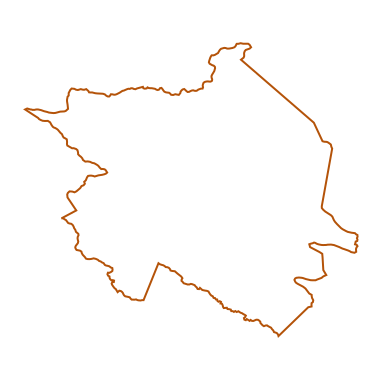 Cametá, Pará, Brazil (Mercator projection), rotated 88°
{"feature_id": "56859067B42741261340740", "entity_name": "Cametá", "entity_type": "district", "adm_level": 2, "iso_a3": "BRA", "parent_name": "Brazil", "parent_adm1": "Pará", "projection": "mercator", "projection_center": [-49.501, -2.281], "detail": "fine", "context": "isolated", "style": "outline", "palette": "amber", "viewbox_px": 384, "rotation_deg": 88, "n_neighbors": 0, "source": "geoboundaries", "source_scale": "gbopen_adm2", "svg_char_len": 5934}
<svg xmlns="http://www.w3.org/2000/svg" viewBox="0 0 384 384"><g transform="rotate(88 192 192)"><path d="M279.7,60.7L274.6,63.5L261.9,63.8L258.3,64.0L256.5,66.6L251.2,75.9L248.3,76.6L247.8,75.1L247.4,73.1L246.8,71.8L247.2,70.5L248.0,69.3L248.7,67.5L249.4,64.7L249.6,62.9L249.6,59.7L249.4,58.2L249.4,54.9L250.0,51.9L252.1,46.9L253.8,43.6L254.4,41.9L256.0,37.8L256.8,36.2L257.6,35.1L258.4,31.7L257.5,30.0L254.7,30.1L253.1,29.5L251.9,28.5L250.5,29.3L250.0,30.9L247.2,30.1L246.7,28.6L245.3,28.3L243.9,28.8L242.5,28.1L240.7,28.2L240.0,29.5L238.8,30.6L238.3,33.8L237.3,37.7L236.5,39.3L234.5,42.7L233.3,44.3L229.0,48.3L226.7,50.2L225.0,51.2L221.5,52.6L220.1,53.9L216.2,59.5L214.3,61.5L212.6,62.8L210.8,62.8L153.5,50.4L151.8,51.1L149.4,51.6L148.2,53.0L146.9,54.8L146.5,56.2L146.4,58.0L145.8,59.8L127.0,67.8L61.5,138.4L59.5,135.7L58.0,135.1L55.0,135.1L53.1,134.4L51.9,133.3L50.7,129.4L49.4,127.9L46.9,129.3L45.8,130.7L45.6,135.7L45.0,138.2L45.5,140.4L45.5,142.2L47.7,143.4L48.8,144.5L49.5,146.6L50.0,150.2L49.9,151.9L49.3,153.3L49.1,154.8L49.9,158.0L50.9,159.1L52.1,160.0L54.0,161.1L55.8,164.4L56.2,165.9L56.1,167.6L57.2,168.4L58.5,169.1L61.5,170.2L63.0,170.6L64.4,169.9L66.0,167.3L66.5,165.9L67.6,164.8L69.0,164.6L71.9,165.5L75.6,167.9L76.9,168.5L78.6,168.4L80.0,167.9L81.5,168.1L82.3,169.4L82.3,170.8L82.0,172.3L82.1,173.8L82.4,175.3L83.2,176.6L84.8,177.3L86.3,177.6L87.7,177.3L89.0,177.8L89.0,179.4L89.4,180.7L89.9,182.2L90.7,183.2L91.1,184.5L90.9,186.0L90.4,187.3L90.6,188.7L91.1,190.0L91.8,191.4L91.9,192.9L90.9,194.1L89.8,195.1L88.8,196.2L89.2,197.8L90.1,198.9L91.3,199.9L92.7,200.2L94.5,201.8L93.7,205.3L94.4,207.5L94.1,209.5L92.9,210.4L92.0,211.5L91.8,213.0L91.5,214.6L90.8,216.1L89.5,217.1L88.3,217.8L86.9,218.9L87.1,220.3L88.4,221.2L88.9,222.6L88.5,224.0L87.6,225.3L86.9,228.4L86.8,230.0L86.6,231.6L85.9,232.8L86.9,233.7L87.1,235.6L86.6,237.0L85.2,237.4L86.6,243.4L87.3,244.9L87.0,246.5L86.3,247.8L86.2,249.3L86.8,250.6L86.6,252.0L87.0,253.4L88.3,256.7L88.5,258.0L90.2,260.8L91.6,263.8L92.0,265.1L92.1,266.4L91.6,268.2L91.5,269.7L92.8,270.5L93.7,271.5L93.5,273.1L92.6,274.5L91.4,275.7L90.7,277.6L90.2,283.2L89.9,285.3L89.0,288.4L89.0,290.0L88.8,291.4L87.5,292.0L85.5,294.1L86.1,296.3L85.8,298.1L85.3,299.5L86.1,302.5L85.7,304.4L84.8,305.9L84.4,308.7L85.8,310.1L88.8,311.8L91.3,311.9L92.4,313.0L95.5,313.7L97.2,313.7L100.4,313.3L104.6,313.0L106.6,315.4L107.0,316.7L107.1,321.0L108.2,325.7L108.3,327.6L107.9,330.5L107.6,332.3L107.0,333.8L106.1,337.0L104.9,340.0L104.1,343.1L104.1,345.0L104.4,346.4L104.4,348.3L104.0,349.5L103.8,350.9L103.3,352.3L102.8,353.8L103.7,355.9L109.2,348.1L112.7,343.1L113.8,342.3L114.8,340.6L115.6,338.8L115.9,336.4L115.9,333.6L117.4,331.4L120.2,330.0L122.0,328.8L122.8,327.7L123.3,326.4L124.2,325.0L125.1,323.9L128.3,321.4L129.7,319.9L131.4,319.3L133.1,318.4L133.9,316.9L135.0,315.3L137.7,315.1L139.7,315.3L141.2,315.0L144.1,310.3L144.1,308.7L145.0,306.3L146.2,305.0L148.4,304.5L150.3,304.5L151.7,303.3L152.9,301.8L154.6,300.4L156.1,299.9L157.9,297.6L157.8,295.1L158.3,292.8L159.4,290.7L159.9,288.6L161.8,285.6L162.7,284.6L164.4,283.4L165.9,281.9L165.9,280.2L166.3,278.5L167.3,277.4L169.6,276.1L170.6,277.3L171.2,278.9L171.7,281.2L172.1,284.9L173.1,288.7L172.5,290.2L172.1,292.2L172.1,293.6L172.3,295.3L173.7,296.4L176.6,297.7L178.1,299.4L180.0,298.8L181.5,300.1L182.2,302.2L184.1,303.5L185.1,304.7L187.3,307.5L188.2,309.4L187.4,311.6L187.1,314.4L188.6,316.1L190.1,316.8L193.1,316.6L206.4,308.3L213.8,323.4L213.8,321.6L214.8,320.4L215.6,319.0L218.7,316.8L219.2,315.5L219.6,313.7L220.9,312.3L222.5,311.5L224.1,311.0L225.8,309.9L227.7,309.4L229.8,307.1L231.2,306.9L232.7,307.7L234.1,308.0L235.8,307.8L237.6,307.4L239.2,307.9L241.7,310.0L243.1,310.6L244.5,310.3L245.9,309.4L246.7,306.0L247.7,304.6L249.1,304.3L250.8,303.5L253.3,301.3L254.9,300.3L255.4,298.7L255.5,296.8L255.4,295.1L254.9,292.6L255.5,290.4L256.5,288.4L257.7,287.2L258.2,285.7L259.2,284.5L260.0,282.8L261.8,281.7L262.5,280.4L262.8,279.0L263.4,277.2L264.6,275.8L265.2,274.3L266.8,274.1L268.2,274.4L269.2,275.9L269.9,277.5L269.7,278.8L271.2,279.4L272.7,278.8L273.5,277.4L274.9,277.4L276.3,276.8L277.4,275.7L277.3,274.3L277.8,273.0L279.3,273.3L279.3,274.8L280.7,275.5L281.9,275.1L283.7,274.0L285.5,272.7L286.3,271.6L289.5,269.8L288.1,268.1L288.5,266.6L289.3,265.5L290.5,264.6L291.8,264.1L292.9,263.5L293.9,262.4L294.6,259.5L295.1,257.9L296.4,257.1L297.4,256.1L297.6,253.2L297.4,251.6L298.1,250.4L298.5,248.7L298.6,247.0L298.3,245.6L298.4,244.2L262.0,228.0L263.1,226.6L263.8,224.7L264.2,223.3L265.0,222.0L266.1,220.9L266.3,219.3L266.9,217.9L268.1,216.8L269.7,216.2L270.2,214.7L270.6,211.9L272.9,209.5L276.1,205.7L277.8,204.6L279.1,205.4L280.4,205.6L281.5,204.5L282.9,203.5L284.3,199.5L284.3,197.8L283.8,196.4L284.1,195.1L285.2,192.6L286.4,191.8L287.5,190.6L289.1,189.8L289.3,188.3L288.1,187.4L290.3,185.1L291.0,182.3L291.3,180.6L292.0,179.0L293.4,178.3L294.9,177.4L296.2,176.3L296.9,174.9L298.6,174.1L298.8,172.7L300.2,171.9L300.3,170.6L301.7,170.4L302.6,169.4L302.1,168.1L302.8,166.9L304.4,167.4L304.7,166.0L306.2,165.3L307.9,165.0L309.1,164.3L308.9,161.2L310.2,160.6L310.4,158.9L310.9,157.3L312.4,156.9L312.5,155.4L313.3,154.3L312.5,152.9L313.5,151.5L312.8,149.8L313.8,148.5L314.5,147.3L315.0,146.0L315.9,144.9L316.5,143.7L317.4,142.5L318.9,143.3L319.8,144.5L321.4,144.1L322.0,142.7L320.9,141.7L322.8,138.9L321.9,137.9L322.9,136.6L323.0,135.1L321.9,132.3L322.0,130.6L322.9,129.3L324.0,128.3L325.3,128.2L327.7,126.1L328.6,124.8L328.0,123.2L327.9,121.7L328.8,120.5L330.4,117.7L331.9,116.8L333.2,115.6L334.9,114.9L335.3,113.6L335.9,112.2L337.4,111.0L339.0,110.6L311.2,79.8L310.6,76.5L308.7,76.5L307.3,76.4L306.2,75.0L304.4,74.6L302.1,75.7L300.4,76.0L299.0,76.0L297.5,78.4L292.4,82.0L290.5,84.3L287.5,89.5L286.4,91.1L285.2,92.0L283.4,92.7L282.1,92.0L281.4,90.7L281.2,88.2L281.5,85.8L281.8,84.3L283.0,81.2L284.3,76.4L284.5,73.2L284.5,71.5L283.9,70.1L282.3,65.4L281.4,64.4L280.7,63.2L279.7,60.7Z" fill="none" stroke="#b45309" stroke-width="2"/></g></svg>